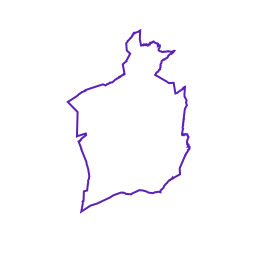 outline of Elverum nor, Hedmark, Norway, rotated 292°
{"feature_id": "86288312B6884926742190", "entity_name": "Elverum nor", "entity_type": "district", "adm_level": 2, "iso_a3": "NOR", "parent_name": "Norway", "parent_adm1": "Hedmark", "projection": "robinson", "projection_center": [11.871, 60.973], "detail": "fine", "context": "isolated", "style": "outline", "palette": "violet", "viewbox_px": 256, "rotation_deg": 292, "n_neighbors": 0, "source": "geoboundaries", "source_scale": "gbopen_adm2", "svg_char_len": 5650}
<svg xmlns="http://www.w3.org/2000/svg" viewBox="0 0 256 256"><g transform="rotate(292 128 128)"><path d="M104.6,193.6L109.5,191.2L110.2,191.0L123.3,191.3L123.9,191.2L124.2,191.2L124.4,191.5L124.7,191.6L126.1,191.3L127.0,191.8L127.6,192.0L128.0,191.9L129.4,192.1L129.6,192.2L130.0,191.8L130.3,191.9L130.9,192.5L131.4,192.7L131.8,192.7L131.9,192.4L132.4,192.2L132.9,192.5L133.7,192.0L133.8,191.4L133.6,191.2L133.6,190.9L133.2,190.4L134.3,190.4L134.7,190.6L135.1,190.4L135.0,189.9L134.9,189.8L135.3,189.5L135.4,189.3L135.2,188.9L135.5,188.8L135.7,189.0L136.0,189.0L136.2,188.4L136.6,188.3L137.4,187.7L138.0,187.6L138.7,187.6L139.5,187.5L142.4,187.5L142.7,187.1L142.7,186.7L144.0,185.7L143.9,185.5L144.2,185.1L143.8,184.8L143.8,184.5L144.0,184.2L143.7,184.1L143.4,183.4L143.5,183.2L143.3,182.9L143.3,182.7L142.4,182.6L142.4,182.2L142.2,182.1L142.3,181.7L142.5,181.5L142.1,181.3L142.2,181.1L141.9,180.8L142.5,180.3L143.1,180.3L143.5,180.1L144.8,179.9L145.6,179.6L148.0,179.3L148.0,179.1L148.5,178.7L149.2,178.3L151.5,178.1L152.0,177.5L153.2,177.4L153.8,177.2L154.0,177.0L154.5,177.1L154.6,176.9L155.0,176.7L155.5,176.8L156.2,176.6L156.8,176.2L157.2,176.3L157.5,176.5L157.7,176.3L157.6,176.1L166.5,173.7L167.2,173.6L169.4,173.8L171.1,174.1L173.2,172.3L174.1,172.3L175.5,172.0L178.5,168.5L181.0,167.5L187.5,165.4L187.2,165.1L186.8,164.8L186.4,164.6L186.2,164.4L185.1,164.0L184.9,164.3L184.7,164.3L184.4,163.9L183.3,163.3L182.5,162.6L181.7,162.3L181.6,162.0L180.4,161.2L179.6,160.9L178.4,159.9L178.2,159.4L177.8,159.0L187.0,153.4L184.9,149.1L185.5,146.9L187.4,133.3L188.2,133.6L188.8,133.4L189.1,133.6L189.7,133.6L190.3,134.0L190.8,134.1L190.9,134.3L191.3,134.5L191.6,134.8L192.6,135.0L193.0,134.9L193.5,135.0L193.7,135.3L194.0,135.6L194.4,135.8L195.1,135.4L196.4,135.5L197.1,135.0L197.3,135.1L197.8,134.9L198.4,134.8L198.8,134.5L198.8,134.4L200.0,134.3L200.5,134.6L200.8,134.6L201.9,134.3L202.8,134.2L203.2,134.4L203.6,134.7L204.3,134.9L204.6,135.2L204.9,135.4L204.8,135.6L205.1,136.0L205.1,136.3L205.6,136.4L206.3,136.7L206.4,137.0L206.7,137.0L207.4,137.8L208.0,137.9L208.4,138.2L209.1,138.4L209.4,138.3L210.4,138.3L210.9,138.8L211.5,139.0L212.6,139.6L213.1,140.1L213.1,140.5L213.6,140.7L213.7,140.9L214.3,141.0L214.8,141.5L215.4,141.7L215.7,141.7L216.2,141.5L216.4,142.0L216.9,142.1L216.8,141.7L216.2,141.0L215.4,140.6L215.1,140.3L214.9,139.4L214.7,139.0L214.6,137.9L214.2,137.3L214.4,136.7L213.6,135.6L213.7,135.4L213.3,135.0L213.2,134.7L212.7,134.1L212.4,133.4L212.4,132.9L212.3,132.7L211.9,132.6L211.8,132.1L211.6,131.9L211.3,131.4L211.2,130.9L211.5,130.0L211.3,129.6L211.2,128.7L211.3,127.9L211.5,127.3L212.0,127.0L212.4,127.0L212.9,126.8L214.2,127.2L215.1,126.9L215.7,127.0L215.9,127.0L216.0,126.8L216.5,126.4L216.0,126.0L215.6,125.3L215.2,125.0L215.6,124.9L216.0,124.5L216.3,124.5L216.7,124.3L217.2,124.5L217.5,124.3L217.5,123.9L217.1,123.7L217.4,123.3L217.2,122.8L217.0,121.5L217.5,120.3L217.8,119.3L216.7,118.8L216.8,118.3L216.0,118.0L215.9,117.8L215.6,117.7L215.6,117.4L215.1,117.1L215.2,116.8L214.9,116.8L214.8,116.6L214.4,116.7L214.5,116.5L214.5,116.4L214.0,116.2L213.7,116.2L213.1,116.0L212.5,116.2L211.9,115.7L212.2,115.3L212.1,115.1L212.4,114.2L212.5,114.1L211.9,113.8L212.1,113.6L211.6,113.2L211.8,112.9L211.3,112.7L211.2,112.2L211.3,111.8L211.5,111.8L211.6,111.5L210.5,111.3L210.4,110.4L210.1,110.1L209.8,110.0L209.8,109.7L209.4,109.3L214.6,105.7L223.0,102.8L221.9,101.9L220.7,101.2L220.3,100.5L219.5,99.6L218.7,98.9L218.3,98.8L218.2,98.6L218.3,98.5L218.1,98.4L218.4,98.1L218.5,97.8L218.4,97.7L217.5,97.7L217.0,97.7L216.2,97.7L216.3,97.4L215.9,97.3L215.6,97.4L215.5,97.5L215.0,97.5L214.6,97.3L214.1,97.4L213.8,97.1L212.7,96.7L212.4,96.8L212.2,96.5L211.5,96.3L211.1,96.3L210.9,96.1L210.3,96.0L209.4,95.5L208.8,95.4L208.6,95.1L207.5,95.2L205.9,94.6L199.3,97.9L199.1,98.7L197.7,102.2L189.8,101.3L189.4,101.6L187.0,100.2L186.2,99.9L185.8,99.6L185.6,99.7L184.9,99.4L176.6,104.7L176.4,104.6L176.4,104.4L176.6,104.1L176.6,103.8L175.7,103.7L175.1,103.5L174.9,103.3L175.1,103.2L174.2,102.6L174.2,102.4L172.4,101.6L172.4,101.4L172.2,101.3L172.3,101.2L172.1,101.1L172.1,100.9L171.3,100.5L171.4,100.4L170.8,100.2L170.3,99.7L169.8,99.6L169.4,99.0L168.4,98.6L168.0,98.0L166.2,97.3L165.7,97.0L165.2,96.7L164.5,96.4L164.3,96.2L164.1,95.7L163.8,95.2L163.4,94.9L163.5,94.6L163.4,94.3L162.9,94.2L162.4,93.8L162.2,93.6L161.6,93.3L161.5,93.0L160.8,92.4L160.8,92.2L160.4,92.1L159.1,91.2L159.1,88.5L155.0,83.5L147.7,74.9L147.5,74.7L147.2,74.4L146.7,74.5L146.7,74.3L146.6,74.1L145.6,73.6L145.2,73.0L144.7,72.7L144.1,71.8L143.5,71.6L142.7,70.9L141.9,70.6L140.6,69.6L140.0,69.5L137.9,68.3L129.6,62.4L123.9,75.3L101.1,83.8L102.1,84.7L102.3,84.8L102.4,85.2L107.1,90.9L106.5,91.4L106.1,91.1L105.5,91.7L101.9,89.5L100.4,88.9L100.2,88.7L99.0,88.8L98.5,88.6L98.8,88.4L98.3,88.0L97.6,87.8L97.0,87.2L91.4,92.5L91.1,92.4L80.6,102.4L78.7,103.4L77.5,104.6L76.7,105.1L75.1,106.4L68.6,110.3L67.3,110.5L66.7,110.7L64.3,110.8L63.7,110.9L62.4,111.6L61.0,111.8L60.6,112.0L59.8,112.1L54.8,113.5L52.8,110.9L51.4,111.3L43.8,114.1L43.2,113.5L42.9,113.4L41.7,114.2L41.1,114.4L33.0,116.0L42.1,122.4L46.4,127.7L57.4,137.8L57.9,138.0L60.4,139.9L65.5,145.7L66.0,147.5L66.3,147.6L66.4,148.0L66.4,150.1L66.1,150.6L67.5,155.2L68.0,155.7L68.0,155.9L68.3,155.9L74.6,161.8L75.6,165.0L75.7,165.7L76.0,168.3L75.8,171.4L76.8,175.1L77.1,175.8L78.4,176.9L80.3,180.2L80.5,180.8L80.6,182.2L82.4,181.6L85.7,183.3L88.0,183.2L91.1,184.4L91.8,184.9L93.0,185.0L95.3,186.0L95.3,186.3L95.8,186.6L95.7,186.8L95.8,186.9L96.3,186.9L96.8,187.2L97.7,187.7L98.6,187.9L98.3,188.2L98.8,188.3L98.7,188.6L98.8,188.7L98.7,188.8L99.0,188.9L99.4,189.4L104.6,193.6Z" fill="none" stroke="#5b21b6" stroke-width="2"/></g></svg>